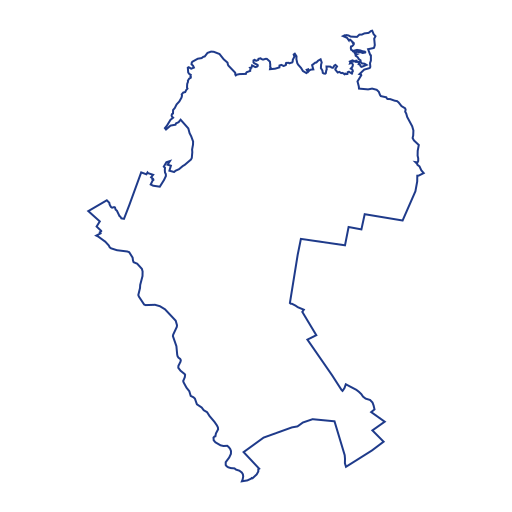 outline of Valea Calugareasca, Prahova, Romania
{"feature_id": "2599482B81311805596986", "entity_name": "Valea Calugareasca", "entity_type": "district", "adm_level": 2, "iso_a3": "ROU", "parent_name": "Romania", "parent_adm1": "Prahova", "projection": "equal_earth", "projection_center": [26.171, 44.946], "detail": "fine", "context": "isolated", "style": "outline", "palette": "blue", "viewbox_px": 512, "rotation_deg": 0, "n_neighbors": 0, "source": "geoboundaries", "source_scale": "gbopen_adm2", "svg_char_len": 5871}
<svg xmlns="http://www.w3.org/2000/svg" viewBox="0 0 512 512"><path d="M241.9,481.3L247.4,480.4L251.2,478.6L251.7,478.0L252.5,478.3L256.7,474.4L258.3,471.5L258.3,469.3L259.2,468.7L243.6,452.1L263.6,437.6L291.9,427.4L297.5,426.4L302.9,422.5L312.6,419.2L334.5,421.3L344.7,455.2L345.0,458.8L344.9,463.2L346.0,466.8L371.9,450.5L383.6,441.7L372.4,430.4L384.7,421.7L371.2,412.1L374.5,409.4L373.6,405.5L372.5,402.5L370.1,400.0L365.6,398.6L363.0,396.6L361.3,394.1L358.9,391.8L356.3,389.8L345.8,384.3L344.5,388.0L342.9,390.4L342.5,390.9L341.5,389.9L332.1,375.3L307.4,339.6L316.3,335.2L302.3,311.9L303.8,309.7L297.8,307.2L295.5,305.6L292.0,303.8L290.7,303.7L289.9,303.0L297.7,254.7L300.9,238.9L345.0,245.3L348.6,227.0L361.4,229.4L364.7,214.2L402.6,220.5L415.4,191.3L417.2,181.5L417.3,175.7L418.7,175.6L423.7,173.1L421.3,170.3L419.5,166.4L417.5,164.9L417.0,163.7L415.4,162.1L417.5,162.4L418.2,161.0L418.2,158.3L417.6,155.7L417.7,150.8L418.8,145.0L413.9,140.4L412.6,138.0L413.2,135.5L413.4,130.5L412.2,126.3L407.2,117.0L406.2,113.5L405.2,111.7L405.6,109.6L405.1,108.3L401.5,106.1L398.6,102.4L397.0,101.1L394.7,100.7L390.2,99.1L387.6,99.0L386.9,98.5L386.3,97.3L380.8,96.1L380.0,94.9L378.8,91.8L376.7,89.8L372.1,88.6L368.1,89.4L359.0,88.6L358.8,86.4L357.5,81.4L361.3,75.2L361.0,74.5L359.5,74.1L364.2,69.6L369.2,68.2L370.1,67.6L370.3,66.5L370.0,63.1L370.9,60.6L370.9,55.3L370.2,54.9L368.1,49.2L373.8,48.0L374.2,47.3L374.8,45.1L374.2,38.7L375.5,36.2L373.7,34.3L372.2,30.7L371.0,31.0L368.6,32.9L364.4,33.4L361.8,34.6L359.4,34.6L357.0,36.9L350.7,36.6L348.6,35.5L346.5,35.1L346.0,35.4L344.9,35.2L343.1,36.1L347.0,37.8L348.9,40.4L349.1,39.8L350.2,39.7L352.9,42.3L352.0,43.2L352.9,42.8L353.8,43.2L353.8,44.2L353.1,45.2L352.1,46.2L351.0,46.5L350.8,48.0L351.1,49.7L352.5,50.5L352.9,51.3L354.2,51.4L354.3,50.6L357.0,49.9L360.2,50.4L362.7,51.3L364.8,51.6L365.3,52.1L365.2,52.5L362.7,53.0L359.8,51.9L358.6,52.1L357.7,51.7L354.6,52.8L355.4,54.1L356.8,54.3L355.5,54.9L355.7,55.8L357.6,57.1L359.0,59.3L360.5,60.3L360.8,62.4L361.9,63.4L364.5,63.7L366.5,64.9L361.6,66.9L360.8,66.5L360.0,64.8L358.6,64.1L359.7,62.0L356.8,61.9L356.6,60.7L356.0,60.7L355.3,61.7L353.8,60.8L353.4,60.7L353.3,61.1L352.4,60.4L349.9,61.5L350.4,62.2L350.0,63.4L351.9,62.8L352.9,64.8L352.5,66.6L350.8,68.6L352.2,69.3L352.8,70.8L352.8,71.4L352.2,71.7L352.2,73.0L351.9,73.6L348.9,71.7L347.7,72.2L347.4,74.0L346.1,74.1L345.2,73.6L344.6,74.3L342.6,72.9L341.2,73.1L339.3,71.9L337.7,72.5L335.3,69.6L335.4,68.9L337.0,66.4L335.4,64.9L334.3,65.6L333.3,67.5L332.8,67.8L331.5,67.5L330.3,66.6L326.5,66.5L326.7,69.6L326.3,70.2L325.8,73.2L325.2,73.7L323.8,73.5L322.8,72.9L322.4,70.5L320.9,68.1L321.1,64.5L321.7,62.5L320.6,59.3L318.1,60.7L316.4,62.5L315.3,62.6L312.1,65.1L313.3,69.4L311.0,69.6L309.5,70.3L308.6,71.3L308.2,69.3L306.7,69.8L307.8,71.9L306.4,73.1L302.9,71.0L301.1,68.0L298.1,64.6L297.3,63.2L296.4,59.2L296.5,56.3L294.8,53.7L293.7,54.5L294.4,56.7L292.8,59.7L292.7,61.4L292.3,62.4L289.4,63.3L288.7,62.8L286.2,62.9L285.9,63.3L286.0,64.8L285.5,65.2L283.6,66.0L281.4,64.9L279.5,65.5L279.4,67.4L275.1,68.7L270.0,69.2L270.3,67.6L270.6,67.4L270.1,66.4L270.3,65.0L269.9,61.6L266.9,58.9L265.8,58.8L263.0,59.6L261.3,59.0L260.6,58.3L258.5,58.8L258.2,60.0L256.1,60.8L254.6,59.8L253.5,60.4L253.5,62.4L254.2,63.2L257.6,64.9L257.8,65.8L256.9,66.7L255.3,67.1L252.1,65.4L251.5,67.6L250.1,67.8L250.7,68.7L250.2,69.9L250.2,70.9L246.7,72.2L246.2,72.8L245.9,73.9L239.6,74.1L237.0,74.6L235.8,75.4L235.3,74.6L235.2,72.7L228.4,65.6L227.9,64.6L227.5,62.6L223.7,59.3L219.5,54.0L213.8,51.8L211.1,51.6L207.5,52.9L204.7,56.5L203.3,56.8L201.6,58.1L197.8,58.7L192.4,61.7L191.8,62.5L191.5,64.2L193.1,65.8L193.9,67.6L191.2,68.7L188.7,67.2L187.8,67.7L188.2,72.4L189.0,73.7L190.8,74.9L190.4,76.2L190.9,76.9L190.7,77.8L189.2,78.6L187.9,80.7L188.0,81.8L187.2,83.9L187.0,87.5L187.5,88.6L186.3,89.9L185.2,92.1L183.3,92.5L181.7,94.4L182.0,95.7L181.5,97.6L179.3,101.5L176.6,104.4L174.8,108.0L173.1,110.0L173.0,113.5L172.0,114.1L171.6,115.3L171.9,116.5L173.1,117.7L170.5,119.8L166.9,125.7L164.9,128.1L166.0,129.5L170.5,125.6L175.5,124.7L176.0,123.4L178.6,122.2L180.6,119.7L188.3,128.4L189.6,133.2L191.2,136.3L193.1,141.5L193.0,144.7L192.1,149.5L192.3,152.2L191.8,157.9L191.0,159.5L184.7,164.9L182.8,166.0L179.0,169.2L175.6,170.7L174.1,172.0L169.4,170.7L170.9,165.7L167.6,164.7L169.9,161.1L166.4,162.2L163.8,166.6L165.0,167.8L164.8,170.0L165.0,172.5L165.8,174.0L165.9,176.0L164.0,180.0L159.8,186.7L153.1,185.7L150.7,184.5L152.5,180.8L153.3,180.0L152.5,179.4L152.9,178.8L151.1,177.3L153.1,174.8L147.9,173.1L147.5,172.5L146.4,174.3L141.2,172.4L129.4,204.8L124.0,218.8L121.4,218.4L120.2,216.5L119.5,216.1L116.9,210.7L115.6,209.6L115.0,207.5L114.1,207.1L112.1,207.7L110.9,206.9L109.6,204.5L109.3,202.8L106.8,200.3L88.3,211.1L99.8,221.4L96.6,226.5L101.2,230.9L101.2,231.3L99.8,232.3L100.5,233.4L96.3,235.6L98.3,236.6L105.4,241.8L108.8,245.5L109.7,247.3L111.0,248.3L116.9,250.2L127.3,251.5L129.2,252.2L132.6,257.6L133.0,260.6L133.6,262.2L137.2,263.7L141.9,268.9L142.6,271.5L142.5,276.1L140.2,284.9L140.0,288.1L138.3,295.0L138.9,296.6L144.1,304.5L145.5,305.1L155.0,304.8L159.9,306.2L165.0,309.3L175.7,320.7L177.0,325.2L176.8,326.9L173.2,334.6L172.9,336.1L176.4,346.2L177.2,354.7L177.6,356.3L178.5,357.7L180.2,358.9L180.8,360.2L180.5,361.7L178.4,365.9L178.3,367.8L180.5,370.7L184.8,374.2L185.1,374.8L184.8,377.2L183.2,381.0L183.6,382.4L186.5,387.7L189.3,391.2L190.7,395.9L193.5,397.3L194.9,398.6L196.9,404.3L201.7,407.5L203.7,410.2L207.1,412.2L209.5,416.0L214.5,421.9L216.9,425.4L217.9,427.4L218.1,429.3L215.9,433.5L215.4,436.3L214.5,436.5L213.5,437.6L213.7,440.3L215.4,442.3L220.5,445.3L223.5,446.0L227.3,445.8L229.0,447.4L230.2,449.0L231.0,451.1L230.9,453.9L229.2,457.5L225.7,462.2L225.7,465.0L226.6,466.2L228.2,467.3L230.9,468.1L234.5,468.4L236.0,469.6L239.4,470.7L241.8,472.5L242.9,474.3L243.2,476.4L242.7,479.3L241.9,481.3Z" fill="none" stroke="#1e3a8a" stroke-width="2"/></svg>